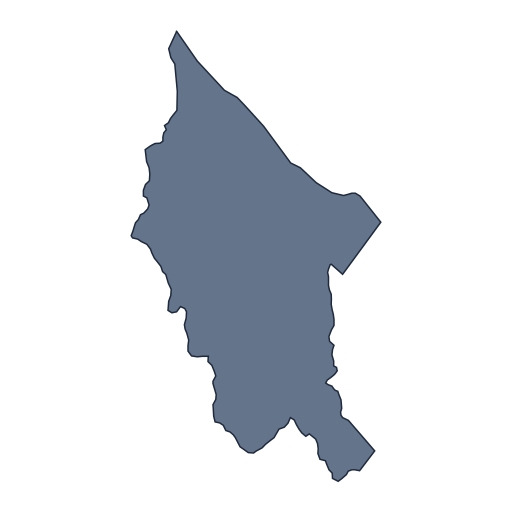 Setiu, Terengganu, Malaysia
{"feature_id": "92858781B44112931825428", "entity_name": "Setiu", "entity_type": "district", "adm_level": 2, "iso_a3": "MYS", "parent_name": "Malaysia", "parent_adm1": "Terengganu", "projection": "equal_earth", "projection_center": [102.786, 5.461], "detail": "fine", "context": "isolated", "style": "filled", "palette": "slate", "viewbox_px": 512, "rotation_deg": 0, "n_neighbors": 0, "source": "geoboundaries", "source_scale": "gbopen_adm2", "svg_char_len": 2342}
<svg xmlns="http://www.w3.org/2000/svg" viewBox="0 0 512 512"><path d="M374.7,450.9L369.8,445.2L348.4,420.4L342.6,417.6L341.0,415.2L340.6,412.1L341.7,408.4L341.0,399.9L338.8,394.4L337.8,391.3L335.3,390.4L333.7,388.8L331.9,386.1L328.0,384.6L325.7,383.0L327.3,380.0L331.2,377.2L334.2,374.7L335.3,373.5L337.2,370.8L336.5,367.4L333.7,365.9L333.7,361.0L331.9,354.8L332.6,349.3L334.0,345.3L329.6,341.4L328.9,336.5L331.4,330.0L334.0,325.4L334.0,319.6L333.3,314.4L332.1,309.5L331.2,304.3L331.4,298.8L331.2,294.2L329.4,289.9L328.5,285.6L328.5,281.6L328.5,276.7L327.6,272.4L328.5,269.1L330.1,264.8L331.2,264.2L342.6,274.3L380.8,222.2L360.0,196.0L355.3,193.2L351.8,193.2L348.9,194.1L343.6,195.5L331.8,192.7L316.1,182.6L300.4,167.8L290.7,163.0L263.6,126.2L245.8,106.6L237.2,97.5L230.4,93.7L224.4,90.3L197.3,61.1L176.2,30.7L176.6,31.5L168.7,48.7L170.9,57.8L174.8,64.0L177.3,91.3L176.9,110.4L173.0,115.2L170.5,118.5L168.4,122.8L164.5,125.5L166.3,129.8L163.8,132.8L162.9,137.1L162.9,141.1L160.1,143.2L155.1,143.5L152.4,144.8L149.9,146.3L145.2,149.6L146.6,161.6L149.1,167.8L149.8,174.0L149.4,180.7L145.5,184.5L143.4,190.3L143.4,196.0L146.9,197.9L149.1,205.1L147.7,208.9L143.7,213.2L140.5,214.7L138.4,219.5L135.5,222.8L134.1,227.1L133.0,230.9L131.2,235.7L132.5,237.9L137.7,239.1L141.2,241.5L146.9,244.3L150.5,249.1L151.9,253.0L154.4,258.2L157.6,262.1L160.9,266.4L162.6,271.6L165.8,274.5L168.3,283.1L171.2,289.3L170.8,295.5L168.7,301.3L168.0,310.4L171.9,312.8L176.6,311.8L180.5,306.6L184.8,308.5L186.5,311.8L186.2,318.0L184.4,324.7L185.1,329.0L186.9,333.4L188.7,340.1L188.0,345.8L188.0,351.1L191.5,355.9L197.2,356.8L202.6,356.3L208.3,356.3L208.0,361.6L211.9,365.4L214.4,371.6L215.8,376.0L213.0,381.2L213.0,383.6L216.2,394.6L215.8,399.4L213.0,404.7L213.3,409.0L213.7,416.2L215.1,421.9L219.7,422.9L223.3,425.3L225.8,430.5L230.1,432.0L233.3,434.8L235.4,437.7L237.6,442.0L240.1,446.8L248.3,452.6L253.6,453.0L256.1,451.1L262.2,447.8L265.4,444.4L270.8,440.1L274.0,437.7L279.0,429.1L284.3,427.2L287.9,423.3L290.4,417.6L294.3,420.0L296.5,424.8L299.0,429.1L301.8,432.9L305.8,436.3L309.3,433.9L315.7,439.1L317.5,443.5L318.2,448.7L317.9,453.5L320.0,459.3L325.4,460.7L326.8,464.5L329.0,469.8L332.2,473.1L332.5,478.4L338.2,481.3L341.4,478.9L346.4,474.6L348.2,471.2L351.8,469.8L355.0,469.8L359.6,470.7L374.7,450.9Z" fill="#64748b" stroke="#1e293b" stroke-width="1.5"/></svg>